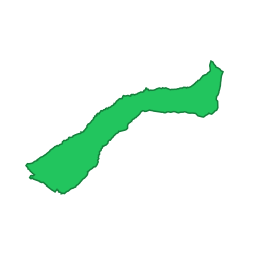 Polovragi, Gorj, Romania, rotated 64°
{"feature_id": "2599482B25892022881740", "entity_name": "Polovragi", "entity_type": "district", "adm_level": 2, "iso_a3": "ROU", "parent_name": "Romania", "parent_adm1": "Gorj", "projection": "albers", "projection_center": [23.807, 45.24], "detail": "fine", "context": "isolated", "style": "filled", "palette": "green", "viewbox_px": 256, "rotation_deg": 64, "n_neighbors": 0, "source": "geoboundaries", "source_scale": "gbopen_adm2", "svg_char_len": 5934}
<svg xmlns="http://www.w3.org/2000/svg" viewBox="0 0 256 256"><g transform="rotate(64 128 128)"><path d="M129.5,238.1L129.8,237.9L130.3,237.9L130.5,237.4L130.8,237.6L131.0,237.5L130.9,237.1L131.2,236.8L131.1,236.0L131.2,235.6L132.3,235.5L137.1,230.8L137.4,231.0L139.0,229.7L139.7,227.9L144.2,226.0L144.5,226.5L150.5,223.5L150.7,223.4L150.7,223.2L153.5,221.6L152.1,218.8L152.8,218.8L153.5,218.0L155.0,218.4L155.2,218.1L155.2,217.9L155.8,217.6L156.0,217.1L156.7,216.6L157.1,216.6L157.8,216.9L158.1,216.0L157.9,215.5L158.0,215.2L158.7,214.4L158.8,213.9L159.1,213.7L158.6,212.4L158.3,210.6L158.5,209.3L157.7,206.5L157.7,204.8L158.0,204.1L157.9,202.4L158.1,201.0L157.1,199.9L156.8,198.7L157.0,197.8L156.7,197.3L156.3,195.8L155.2,193.6L155.1,193.0L154.3,191.6L154.0,190.4L153.9,189.0L152.6,185.7L151.6,184.5L150.9,184.1L150.5,183.6L149.8,183.7L149.6,183.6L149.5,182.1L149.3,181.7L148.8,180.1L148.8,179.1L148.6,177.8L148.2,176.6L147.9,176.2L148.0,175.6L148.6,174.3L148.5,173.8L147.8,172.5L147.0,171.3L146.5,171.0L145.6,169.8L144.9,169.5L143.7,169.4L143.2,168.8L143.0,168.0L142.7,167.6L141.4,167.6L141.0,167.1L140.4,166.6L139.7,166.5L139.4,166.3L139.4,165.4L139.2,165.1L136.9,164.1L136.6,163.6L136.4,162.2L135.8,161.6L135.0,161.3L134.7,160.0L134.1,159.3L133.2,158.9L133.2,158.6L133.7,157.8L133.5,156.6L133.7,155.2L132.9,152.9L132.4,152.4L131.6,152.1L131.1,151.3L130.7,150.0L130.8,149.7L131.2,149.2L129.9,146.8L129.8,146.0L129.4,145.0L128.7,144.1L128.6,143.1L127.9,141.5L127.9,140.2L127.8,138.8L126.9,137.8L127.4,137.3L127.6,136.1L128.5,131.9L128.6,131.0L128.6,130.0L128.2,129.3L128.2,128.8L128.1,128.6L127.3,128.1L126.1,127.6L125.3,127.1L124.7,126.5L124.1,125.5L123.8,123.3L123.5,122.3L123.3,122.0L123.4,121.9L123.1,121.8L123.0,121.2L122.3,120.2L122.4,118.3L122.0,117.6L121.9,116.8L122.1,116.3L121.4,114.6L121.2,113.3L120.7,112.2L120.5,111.4L119.1,109.2L119.0,108.8L119.1,108.4L118.8,107.4L119.5,106.2L120.2,106.0L120.5,105.5L121.0,104.2L121.3,100.8L122.3,99.7L123.0,98.5L124.0,97.5L127.5,92.3L128.4,91.1L129.2,89.5L130.1,88.9L130.3,88.4L130.8,87.3L130.6,86.2L130.8,85.6L131.1,84.6L132.5,82.9L132.9,81.5L133.0,80.3L134.0,78.5L135.6,77.1L136.5,76.0L136.9,73.7L138.0,71.3L138.1,70.2L138.4,69.7L139.0,69.0L140.8,67.4L141.7,66.0L142.8,63.5L144.4,61.0L145.4,60.5L147.7,59.8L150.6,56.3L151.3,55.2L150.7,52.5L150.7,50.4L150.1,48.8L151.0,48.2L152.2,46.7L152.0,45.7L151.7,44.8L151.4,43.7L150.8,42.5L150.9,41.3L150.8,40.4L149.2,38.4L143.2,35.7L141.7,36.2L140.7,36.1L139.3,35.0L138.6,34.8L137.7,32.7L136.0,30.9L135.0,30.3L133.3,28.7L131.2,27.1L130.7,26.6L127.2,24.6L126.5,24.0L124.2,22.6L121.9,21.0L119.1,17.9L118.7,18.1L117.6,19.2L115.4,19.6L113.4,20.8L112.4,21.7L111.9,22.3L110.5,22.1L108.5,22.8L106.0,22.8L104.2,24.1L107.3,26.9L108.3,27.4L109.3,27.6L112.0,28.6L112.7,29.0L112.8,29.2L113.3,30.6L113.4,31.9L114.1,33.4L114.2,34.8L113.9,35.6L114.1,36.3L113.9,36.7L113.9,37.8L114.3,38.1L114.4,38.9L114.8,39.4L115.3,40.8L116.0,41.8L116.2,42.3L116.3,43.1L115.9,44.4L116.4,44.9L116.4,45.3L116.7,45.6L116.6,46.4L116.8,46.9L116.8,47.3L117.4,48.0L117.3,48.7L117.7,49.1L117.7,49.9L118.1,50.6L117.9,51.1L118.4,53.0L118.3,55.2L118.0,56.3L117.5,56.6L117.4,57.2L117.7,57.6L117.7,57.9L116.8,58.4L116.5,59.1L116.0,59.7L115.8,60.3L116.0,62.0L115.3,62.7L115.1,63.7L114.9,64.2L115.0,65.3L114.4,66.6L114.5,67.5L113.7,69.0L113.2,70.4L112.3,72.2L112.3,72.9L111.4,73.9L110.0,75.0L109.6,75.6L108.9,76.0L108.6,76.3L108.4,76.7L108.3,77.9L107.8,78.3L107.5,78.9L107.0,79.3L107.2,79.9L107.3,80.4L107.1,80.9L105.8,82.2L105.6,83.4L105.6,83.9L105.4,84.6L105.4,85.8L105.5,86.3L105.4,87.8L105.0,89.2L104.3,90.4L104.3,90.8L103.8,91.2L103.6,92.7L103.1,92.9L102.2,92.7L101.9,93.0L101.9,93.6L101.7,93.8L101.2,93.9L100.4,93.8L100.0,94.2L100.1,94.6L101.0,95.2L101.3,95.7L101.3,97.2L101.4,97.4L101.9,97.5L102.2,97.9L102.1,98.7L102.2,99.4L101.3,100.6L101.3,102.7L101.1,103.6L101.3,104.2L101.4,105.3L101.1,106.6L101.2,107.5L100.3,108.2L100.1,109.1L99.5,109.7L99.6,111.2L100.4,111.4L100.5,111.6L99.9,112.7L99.4,113.0L98.7,113.8L98.3,115.8L97.6,117.2L97.0,117.6L96.9,117.9L97.3,118.8L98.0,119.3L99.0,120.4L98.5,121.0L98.7,121.6L98.3,122.0L98.0,122.5L98.2,124.3L98.7,124.9L98.8,126.4L99.1,127.0L100.4,128.7L100.4,129.0L100.0,129.4L99.9,129.6L100.4,129.8L100.5,130.5L100.9,130.7L101.1,131.1L101.0,131.7L101.1,132.4L101.0,132.9L101.6,134.8L101.5,135.6L101.1,136.0L101.1,136.5L101.9,137.8L101.6,138.1L100.9,138.3L100.7,138.6L100.8,139.6L101.5,140.1L101.0,141.9L101.5,143.3L101.4,143.6L100.9,144.0L100.7,144.6L100.7,145.0L101.1,145.3L101.8,146.7L102.6,147.7L102.3,148.1L101.7,148.3L101.6,148.6L102.0,149.4L102.0,150.2L102.3,150.5L103.0,150.5L103.3,150.8L103.2,151.7L102.6,152.6L102.7,152.8L103.7,153.3L103.9,153.7L103.8,154.5L104.6,155.0L105.3,156.1L105.6,157.4L106.5,158.9L106.6,159.5L107.1,160.3L107.2,161.2L106.9,161.8L107.1,162.3L108.1,164.0L109.6,164.7L109.7,165.3L110.9,167.8L111.2,168.9L111.7,169.1L111.8,169.4L111.7,170.2L111.9,170.8L111.8,171.2L111.0,172.0L111.8,172.5L112.1,172.9L112.1,173.2L111.7,174.1L111.2,176.7L111.2,177.8L111.0,178.5L111.2,179.2L111.0,180.6L111.2,181.1L111.7,181.4L111.8,182.0L111.4,183.5L111.0,184.4L110.6,184.8L110.6,185.2L110.7,185.6L111.2,185.8L111.9,186.8L111.6,187.6L111.7,188.1L112.0,188.5L111.9,189.4L111.1,191.2L111.5,191.9L111.6,192.5L111.8,193.1L112.9,193.7L113.4,194.4L113.1,196.2L113.2,197.3L113.5,197.8L113.6,198.4L113.5,198.8L112.7,199.3L112.9,201.0L112.7,201.9L113.1,202.7L113.1,203.2L113.2,203.8L113.6,204.7L113.6,206.0L114.0,207.9L114.6,208.6L115.4,212.3L115.8,213.2L115.7,214.2L116.0,214.7L116.0,215.7L116.3,217.1L116.0,219.5L116.6,221.8L116.7,223.4L117.2,223.3L117.4,224.2L117.1,226.7L117.7,229.4L117.5,229.8L117.5,230.0L117.0,231.9L116.6,232.8L116.3,233.7L116.0,234.0L117.0,236.1L118.3,236.0L118.5,235.6L119.5,235.4L121.1,235.8L121.4,235.3L121.7,235.2L123.1,234.7L124.2,234.7L125.0,234.2L127.9,233.2L128.9,232.5L129.4,233.5L129.3,234.5L128.4,235.5L128.4,236.0L128.3,236.4L129.5,238.1Z" fill="#22c55e" stroke="#15803d" stroke-width="1.5"/></g></svg>